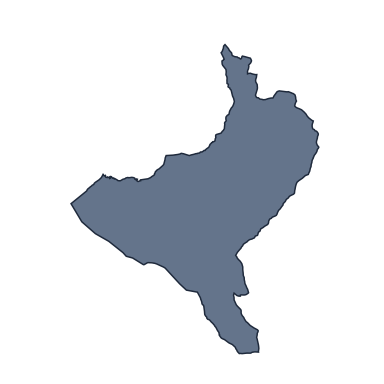 Ceahlau, Neamt, Romania, rotated 190°
{"feature_id": "2599482B21330814812999", "entity_name": "Ceahlau", "entity_type": "district", "adm_level": 2, "iso_a3": "ROU", "parent_name": "Romania", "parent_adm1": "Neamt", "projection": "mercator", "projection_center": [25.941, 47.008], "detail": "fine", "context": "isolated", "style": "filled", "palette": "slate", "viewbox_px": 384, "rotation_deg": 190, "n_neighbors": 0, "source": "geoboundaries", "source_scale": "gbopen_adm2", "svg_char_len": 5991}
<svg xmlns="http://www.w3.org/2000/svg" viewBox="0 0 384 384"><g transform="rotate(190 192 192)"><path d="M185.1,342.9L185.8,341.9L186.2,341.1L186.1,339.0L186.5,336.7L186.7,335.6L187.5,334.2L184.3,329.8L183.4,328.3L184.0,327.7L184.1,327.2L184.4,326.9L185.1,326.5L185.2,326.0L184.5,323.2L183.8,322.1L179.9,318.6L179.6,318.0L179.5,317.1L179.2,316.6L178.9,313.3L177.8,311.8L177.2,310.3L177.0,308.1L176.5,305.9L176.5,305.4L176.3,304.9L174.9,304.4L174.8,303.9L174.8,302.0L174.6,301.7L172.9,301.0L172.6,300.3L171.1,299.0L168.7,293.5L167.3,291.5L166.0,288.5L166.2,286.2L166.6,284.1L167.1,282.8L167.9,281.5L169.0,278.1L169.1,275.2L169.4,274.6L170.5,273.7L171.5,271.9L171.5,270.8L171.2,269.3L170.7,268.3L171.0,267.4L171.7,266.4L171.9,265.5L171.5,264.5L171.3,261.5L171.1,260.0L171.9,258.0L172.7,257.0L173.5,255.2L174.2,254.7L177.7,253.0L178.4,252.4L178.5,251.3L178.0,249.9L178.1,249.3L178.4,248.1L178.2,247.3L178.4,246.1L179.7,245.1L180.3,245.1L180.5,244.4L181.3,244.0L181.4,243.5L182.6,241.9L182.5,241.5L182.9,240.3L183.1,239.3L183.6,238.6L185.2,237.0L186.1,235.8L186.3,235.2L187.2,235.1L188.3,233.9L189.1,233.2L190.7,232.8L191.1,232.0L191.8,231.5L192.8,231.3L193.8,230.6L194.5,230.6L196.6,229.5L199.4,228.3L201.0,227.4L207.1,228.2L209.4,228.2L210.3,227.4L212.2,226.6L217.1,225.0L223.8,223.4L224.3,220.9L224.2,219.3L224.6,214.4L225.2,213.2L228.5,209.0L230.1,207.8L231.0,206.3L231.5,205.9L231.7,204.4L232.1,203.6L231.9,203.1L232.4,201.9L234.4,200.1L235.2,199.1L237.6,197.4L244.8,195.0L244.6,194.2L245.2,194.1L245.6,193.7L246.6,193.1L247.2,193.0L248.4,193.6L248.1,194.5L248.0,195.1L248.9,195.2L249.3,194.6L249.8,194.4L250.6,194.9L250.5,195.4L250.7,195.6L251.8,196.0L253.8,196.0L256.5,195.1L257.2,195.0L257.6,195.2L259.6,194.3L260.5,193.3L262.2,192.6L264.4,190.7L265.6,190.4L267.1,190.4L267.8,190.9L270.4,191.8L270.8,191.4L271.6,192.2L272.2,191.8L272.5,191.8L274.1,193.1L275.2,193.1L275.7,192.6L275.8,192.4L275.4,191.9L274.9,192.1L274.6,191.8L274.7,191.5L275.0,191.4L275.4,191.0L276.2,191.9L276.5,192.1L277.8,191.6L278.0,192.0L278.5,191.6L279.3,191.5L279.5,191.7L280.0,192.5L280.1,193.3L280.3,193.4L280.7,193.0L280.6,192.9L281.1,192.6L282.2,193.2L282.4,193.9L282.6,194.0L283.3,191.7L283.8,190.4L285.7,187.8L288.9,184.7L289.8,183.5L290.1,182.3L291.4,181.4L292.1,180.3L293.0,179.5L293.4,178.9L295.2,176.8L295.6,176.0L295.9,174.8L296.3,174.3L309.1,159.5L295.3,143.5L279.9,134.2L265.4,129.0L249.4,120.3L245.6,117.3L239.0,116.7L227.2,112.0L226.6,112.1L223.7,114.5L223.1,114.8L219.2,115.3L216.1,115.3L214.2,115.0L206.9,113.1L205.2,112.4L188.3,99.5L180.5,94.4L169.3,94.3L165.3,89.2L164.8,88.0L163.7,86.2L163.1,84.9L162.9,84.1L162.6,83.5L162.1,82.9L161.3,82.6L160.9,82.2L160.5,81.4L159.0,76.7L158.3,74.0L158.0,73.3L156.9,72.1L155.8,71.3L155.5,70.4L155.2,70.0L154.4,69.4L152.6,69.1L152.2,68.8L150.4,67.3L148.5,66.1L147.7,65.3L146.8,64.7L146.1,63.7L145.0,62.9L142.8,60.0L141.0,58.2L140.6,56.7L140.1,56.2L140.3,55.8L140.2,55.6L138.0,53.4L136.6,52.8L134.4,52.3L129.4,49.8L125.8,48.8L122.4,46.6L121.6,45.2L120.6,44.3L119.6,42.8L117.4,41.1L115.9,41.5L114.7,41.5L109.9,42.9L106.7,43.4L105.8,43.8L105.0,44.6L102.3,45.5L98.7,45.9L98.9,46.5L99.0,49.5L99.5,51.3L100.0,52.9L102.4,58.7L103.1,60.0L103.0,62.5L103.2,64.2L102.7,65.9L102.8,67.0L103.7,67.7L107.4,68.9L111.6,70.7L114.7,73.0L116.2,73.7L118.3,76.0L119.3,77.5L120.9,78.8L121.9,80.0L122.6,81.3L123.0,83.6L123.6,84.7L127.4,87.4L128.8,88.6L131.8,93.0L132.3,95.5L132.9,96.8L133.2,97.7L133.0,99.7L129.7,97.8L127.6,97.6L126.3,97.9L126.5,98.8L125.8,99.2L122.8,99.6L121.2,100.2L120.5,100.7L119.1,102.1L118.8,102.6L120.3,105.8L121.5,107.3L122.3,108.7L124.0,111.1L124.6,113.1L125.2,114.4L125.8,116.9L126.9,118.5L127.6,121.2L128.5,124.2L129.0,127.0L130.5,130.1L132.5,132.2L135.0,133.9L135.4,134.4L136.3,135.1L136.4,135.6L136.9,136.2L138.0,137.1L136.8,140.5L134.9,143.8L134.1,144.9L133.7,146.4L132.8,147.8L132.3,149.5L130.2,151.6L129.3,152.3L128.3,153.8L127.0,155.1L124.6,156.2L124.1,156.7L122.9,157.4L122.5,157.9L122.0,159.6L120.1,160.6L119.9,160.9L119.6,163.7L119.1,164.6L118.5,164.9L118.2,165.5L118.0,167.3L117.9,167.6L115.7,169.5L114.6,170.8L111.9,173.1L111.4,174.2L111.3,174.9L111.4,176.8L110.8,178.8L109.3,179.9L108.6,181.1L105.8,182.9L104.9,183.7L104.4,185.1L104.2,186.6L103.7,188.4L103.5,189.0L102.3,190.6L101.1,193.2L100.3,194.6L100.1,195.2L100.2,195.8L100.1,196.5L98.6,198.7L98.2,199.8L98.0,200.7L97.4,201.6L96.1,202.9L95.4,204.6L94.0,205.8L91.6,207.5L90.9,208.7L91.1,211.5L91.0,212.4L91.0,215.3L90.8,217.6L90.3,219.8L88.7,221.8L85.7,224.7L83.2,227.9L80.5,229.5L80.3,230.9L79.7,232.9L79.6,235.9L79.4,236.7L79.2,237.8L79.4,239.7L79.1,241.9L79.2,243.6L79.0,244.8L78.5,246.2L78.6,246.6L78.2,247.8L78.0,249.2L76.7,251.7L76.6,252.2L76.1,253.4L75.9,255.8L75.2,256.9L74.9,258.2L76.8,259.9L77.7,261.4L78.1,262.3L78.2,263.9L77.9,266.6L78.0,268.5L77.6,270.2L77.7,271.0L78.0,271.7L79.5,273.2L80.4,273.6L81.4,273.6L82.4,274.7L83.5,274.9L84.2,275.4L85.0,277.2L85.3,278.7L85.3,280.1L85.0,281.4L85.0,282.1L84.9,283.0L86.4,283.4L90.1,285.4L92.2,287.2L93.0,288.3L95.3,290.1L98.4,292.0L101.5,292.8L102.5,292.9L104.4,293.5L105.6,294.3L105.8,294.6L105.7,297.0L105.3,298.7L104.9,299.7L105.4,300.4L106.0,301.7L106.2,302.6L106.5,303.6L107.4,305.4L107.9,305.8L109.7,306.6L110.5,306.6L111.3,306.9L114.5,307.5L115.8,307.1L123.7,306.7L125.3,305.8L125.7,305.4L128.0,300.7L128.5,298.8L128.8,298.6L130.4,298.3L132.9,297.3L135.9,295.7L138.1,295.2L138.9,295.4L141.2,295.3L143.1,296.3L144.4,296.2L145.0,296.5L145.6,297.2L146.3,298.4L145.6,304.4L145.6,305.7L145.9,307.1L146.1,307.4L146.3,308.8L147.2,310.1L148.1,311.1L148.7,312.5L148.8,314.4L148.5,315.8L148.6,318.9L149.8,318.6L152.8,318.7L155.2,319.1L156.8,318.6L157.8,318.0L158.3,320.6L158.2,321.7L157.8,323.1L157.8,325.5L158.3,326.7L156.6,329.4L156.2,331.1L156.3,331.9L157.7,333.9L163.8,334.5L166.0,334.6L166.4,333.7L166.4,332.8L166.6,332.0L167.1,331.5L167.5,331.4L168.5,332.1L170.1,332.3L170.8,332.8L173.5,332.7L176.1,333.4L177.2,335.9L179.9,338.0L180.5,338.9L181.2,339.7L185.1,342.9Z" fill="#64748b" stroke="#1e293b" stroke-width="1.5"/></g></svg>